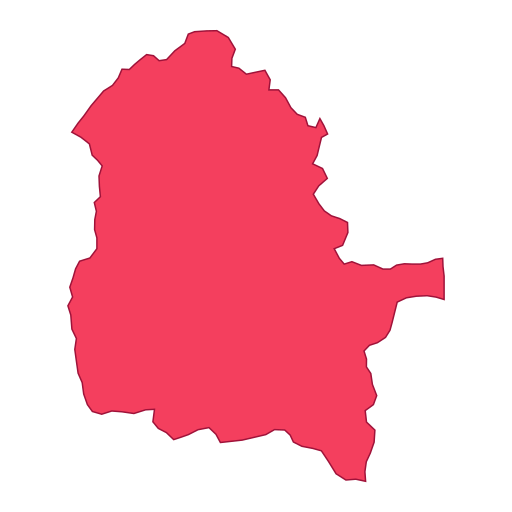 outline of Armazém, Santa Catarina, Brazil
{"feature_id": "56859067B33750848824651", "entity_name": "Armazém", "entity_type": "district", "adm_level": 2, "iso_a3": "BRA", "parent_name": "Brazil", "parent_adm1": "Santa Catarina", "projection": "albers", "projection_center": [-49.004, -28.235], "detail": "fine", "context": "isolated", "style": "filled", "palette": "rose", "viewbox_px": 512, "rotation_deg": 0, "n_neighbors": 0, "source": "geoboundaries", "source_scale": "gbopen_adm2", "svg_char_len": 2024}
<svg xmlns="http://www.w3.org/2000/svg" viewBox="0 0 512 512"><path d="M442.7,258.3L435.4,259.3L427.7,262.8L420.3,264.1L412.7,264.1L404.3,263.8L396.6,265.1L390.3,269.1L383.0,269.1L373.7,264.9L361.4,265.4L351.9,261.7L344.2,264.1L339.3,258.3L334.2,248.7L342.6,245.3L347.9,232.5L347.5,222.5L340.0,218.7L331.3,215.8L324.3,210.9L318.9,203.8L313.3,194.2L318.8,185.8L327.3,178.4L322.5,168.5L312.6,163.8L317.1,155.5L319.6,145.1L321.5,137.4L327.6,134.0L323.9,125.7L319.9,118.6L315.9,127.6L307.9,125.7L305.3,117.3L297.2,114.3L290.9,107.7L285.5,97.7L278.5,89.9L268.9,89.9L270.2,79.8L264.9,70.3L254.8,72.4L246.4,74.2L238.9,68.2L231.6,66.5L231.9,58.3L235.3,49.2L228.3,37.5L216.9,30.7L206.6,30.9L194.6,31.7L188.3,34.1L184.8,43.4L174.8,50.8L166.6,59.6L159.1,60.7L153.5,55.7L146.6,54.6L140.3,59.6L134.5,64.5L129.3,69.5L122.0,69.2L118.3,77.9L112.5,85.4L103.6,91.0L98.2,97.4L91.2,105.6L83.8,116.0L78.1,123.1L71.8,132.2L80.9,137.2L89.4,143.9L92.2,155.2L97.5,160.2L102.2,165.9L99.0,176.0L99.4,186.3L100.4,196.7L94.3,202.5L96.4,211.3L94.8,219.6L94.6,229.6L96.9,237.9L96.9,248.7L89.9,258.0L79.6,261.2L75.6,268.8L73.0,277.9L69.8,287.2L72.6,297.0L67.9,305.8L70.8,315.0L71.9,329.1L76.4,338.5L74.8,349.4L76.4,361.1L78.1,373.2L82.2,382.6L83.7,394.0L87.4,404.6L92.4,411.5L101.7,414.2L111.8,411.0L122.1,411.8L133.9,413.5L145.6,409.8L154.5,409.3L152.9,421.8L158.3,428.4L166.4,432.6L173.7,439.6L181.0,437.2L188.4,434.6L198.0,429.7L209.0,427.6L216.0,434.3L220.4,442.5L242.2,440.1L265.8,434.6L274.5,429.6L284.7,430.0L290.2,435.1L293.4,442.0L301.9,446.3L312.8,448.4L321.4,450.8L328.4,461.3L336.1,473.8L345.9,480.0L355.8,479.2L365.6,481.3L364.9,471.7L366.3,461.7L370.3,453.1L374.1,442.2L374.9,430.1L366.5,422.1L365.2,410.6L373.4,404.6L376.7,395.6L372.4,384.4L370.8,373.5L366.4,366.9L366.5,359.1L364.0,351.0L369.4,345.3L377.4,342.7L385.5,337.4L390.0,330.2L392.1,322.5L394.7,312.1L397.2,302.1L406.4,297.8L416.4,296.2L427.2,295.7L436.1,297.1L444.1,299.5L444.1,288.8L444.1,276.1L443.0,266.6L442.7,258.3Z" fill="#f43f5e" stroke="#9f1239" stroke-width="1.5"/></svg>